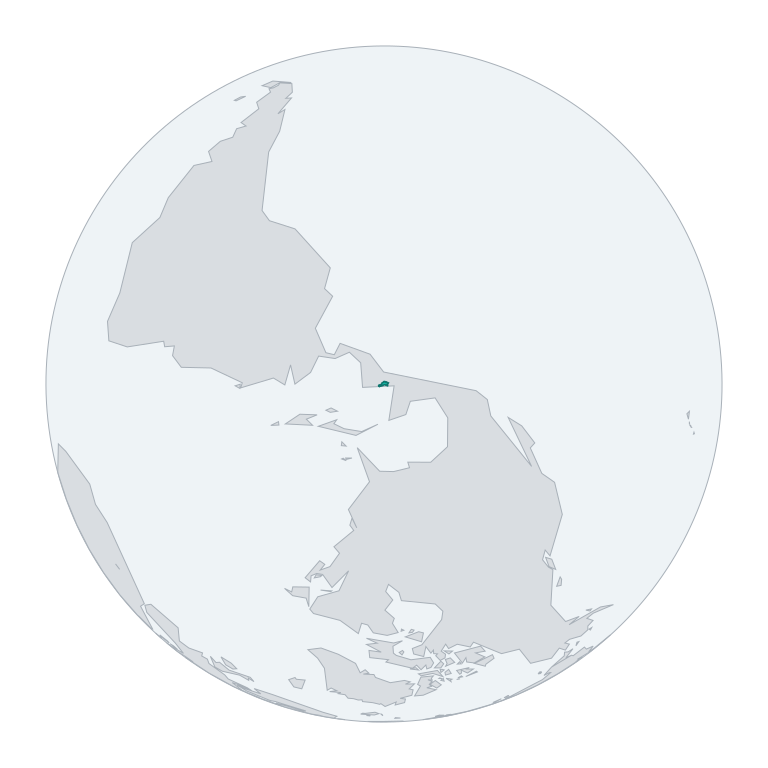 Yoro on an orthographic globe, rotated 171°
{"feature_id": "HND-643", "entity_name": "Yoro", "entity_type": "Department", "adm_level": 1, "iso_a3": "HND", "parent_name": "Honduras", "parent_adm1": "", "projection": "orthographic", "projection_center": [-87.221, 15.309], "detail": "fine", "context": "on_globe", "style": "filled", "palette": "teal", "viewbox_px": 768, "rotation_deg": 171, "n_neighbors": 0, "source": "natural_earth", "source_scale": "10m", "svg_char_len": 9988}
<svg xmlns="http://www.w3.org/2000/svg" viewBox="0 0 768 768"><g transform="rotate(171 384 384)"><circle cx="384" cy="384" r="338" fill="#eef3f6" stroke="#a8b0b8"/><path d="M436.5,424.0L428.5,420.7L421.0,431.0L393.1,415.6L382.5,395.9L294.1,363.0L284.4,352.5L283.5,335.7L251.1,279.5L266.6,331.6L254.5,321.1L244.3,302.2L249.5,298.0L242.1,271.0L230.9,260.2L228.3,227.3L246.9,188.3L250.8,194.8L254.9,185.6L250.2,177.4L246.2,174.3L253.8,139.4L241.8,121.0L227.6,123.9L238.8,117.3L205.1,129.9L191.9,130.2L213.2,124.9L220.3,120.8L214.5,117.8L220.5,113.1L221.2,109.3L228.9,104.3L240.7,102.8L245.9,99.9L241.6,98.1L246.5,92.8L252.2,95.7L261.4,87.0L282.9,85.2L291.8,100.9L310.1,99.3L336.0,115.0L340.0,110.8L352.4,115.5L361.6,112.6L363.8,117.4L369.3,111.2L365.5,107.5L366.6,103.9L371.7,102.2L375.4,107.5L373.4,109.1L377.1,109.9L376.8,113.5L379.8,110.8L383.7,118.1L387.4,108.6L396.9,112.7L397.4,118.3L387.4,120.5L363.9,142.3L361.4,150.4L367.8,158.7L400.7,167.3L401.9,175.9L410.9,185.4L414.8,178.8L409.1,169.3L418.5,160.5L410.5,150.9L413.1,146.3L408.9,136.3L420.2,135.2L433.5,139.9L437.7,148.5L443.6,151.2L448.4,141.5L464.4,157.4L489.5,168.3L492.5,173.3L482.7,184.2L460.8,186.8L448.2,205.0L467.2,191.1L474.4,205.5L480.1,207.4L486.0,206.0L487.5,200.0L492.2,205.0L475.2,219.5L470.7,215.1L476.1,210.2L465.9,212.1L454.4,223.8L458.9,231.1L436.8,244.1L439.8,249.9L436.6,256.5L433.4,246.2L438.8,265.6L413.6,289.7L420.4,325.3L401.9,298.5L388.2,296.0L371.9,297.3L372.7,303.1L350.1,299.4L331.1,312.1L326.3,340.6L335.7,362.3L360.7,362.8L367.2,350.4L384.9,347.3L374.3,380.6L405.7,384.0L403.7,408.6L413.2,420.8L428.3,416.8L444.2,421.8L454.7,406.9L472.0,397.8L473.3,417.5L482.1,398.6L492.3,407.2L526.1,402.6L523.8,407.4L552.4,426.9L581.6,432.2L588.4,445.1L585.1,454.4L594.8,455.1L594.9,460.7L631.8,460.8L649.0,469.7L647.3,489.1L630.7,515.2L610.5,563.0L579.3,583.5L567.9,601.8L537.5,629.6L519.1,630.7L520.9,641.2L507.7,649.3L494.8,651.4L489.6,659.2L479.9,660.4L484.3,664.6L464.6,675.4L465.7,682.2L450.4,690.0L451.4,693.6L447.0,693.8L441.5,695.6L439.7,697.7L428.0,695.1L428.9,686.5L436.3,681.5L430.6,681.0L446.5,667.5L438.9,670.6L447.5,650.0L461.6,631.2L477.3,574.4L471.6,563.2L447.6,551.1L418.9,507.1L427.8,487.5L421.0,478.7L443.1,449.8L436.5,424.0ZM86.6,309.3L88.8,301.6L89.5,307.2L86.6,309.3ZM88.7,296.4L88.3,299.1L88.4,296.8L88.7,296.4ZM87.9,294.4L88.5,295.9L87.5,295.0L87.9,294.4ZM86.5,292.7L87.4,293.3L87.2,293.6L86.5,292.7ZM419.7,337.6L455.5,352.5L436.3,356.1L439.7,352.6L430.4,346.1L413.5,340.5L396.3,345.2L419.7,337.6ZM85.4,287.8L85.2,286.3L86.2,286.1L85.4,287.8ZM433.4,316.9L427.2,315.9L433.1,315.4L433.4,316.9ZM243.4,174.0L249.5,177.8L251.5,187.5L245.7,184.7L243.4,174.0ZM240.6,157.4L245.1,157.2L240.2,165.9L239.1,163.3L240.6,157.4ZM216.1,127.6L220.0,129.1L214.2,129.4L216.1,127.6ZM219.9,109.8L216.9,111.0L218.6,108.7L219.9,109.8ZM402.9,137.7L405.8,137.1L405.1,139.2L402.9,137.7ZM398.3,134.3L395.4,137.4L392.8,136.2L394.7,134.3L398.3,134.3ZM231.8,99.1L235.4,95.4L233.8,98.8L231.8,99.1ZM402.5,130.9L388.5,133.9L384.0,132.0L387.2,123.5L402.5,130.9ZM238.8,93.0L247.2,85.1L241.2,86.8L262.8,78.2L248.5,87.3L247.6,90.9L244.0,90.6L238.8,93.0ZM362.1,107.2L366.3,111.0L358.1,109.5L362.1,107.2ZM356.5,107.3L329.6,110.0L325.9,104.3L335.7,104.1L327.1,98.7L338.5,94.4L345.8,96.5L345.9,100.9L350.2,96.1L356.5,107.3ZM273.4,75.3L277.2,73.5L275.5,75.2L273.4,75.3ZM366.5,102.3L361.4,103.1L357.7,98.0L367.3,95.6L365.4,98.0L366.5,102.3ZM319.2,99.7L318.2,95.9L327.2,91.3L328.1,89.4L338.4,93.9L319.2,99.7ZM368.8,98.3L372.3,94.7L378.6,95.7L371.2,101.3L368.8,98.3ZM352.8,97.8L351.5,95.5L355.4,95.9L352.8,97.8ZM403.0,98.5L396.9,98.8L394.6,96.1L403.0,98.5ZM373.2,93.3L371.0,93.0L369.3,92.2L372.9,90.2L373.2,93.3ZM344.1,90.6L348.0,89.7L340.3,88.5L346.7,85.5L352.5,89.3L352.7,86.4L354.6,85.5L357.1,89.7L344.1,90.6ZM371.6,85.8L381.1,90.5L392.8,90.0L395.3,92.3L376.0,92.7L371.6,85.8ZM362.9,87.6L368.8,86.9L368.9,89.7L364.8,92.0L362.9,87.6ZM349.0,82.3L337.6,85.9L336.8,85.0L349.0,82.3ZM375.0,85.0L372.6,83.9L375.8,84.6L375.0,85.0ZM357.0,82.3L353.1,83.6L352.2,82.5L357.0,82.3ZM371.1,81.1L374.2,82.4L371.5,83.9L371.1,81.1ZM364.6,81.2L364.3,79.5L368.7,83.6L363.0,81.8L364.6,81.2ZM356.7,81.1L355.0,80.9L358.5,80.8L356.7,81.1ZM379.4,75.4L385.5,80.2L379.7,83.1L374.5,77.9L379.4,75.4ZM446.4,700.6L428.4,696.3L439.0,698.2L449.4,694.4L457.7,697.7L446.4,700.6ZM475.6,689.8L485.8,686.8L487.4,687.6L480.7,689.9L475.6,689.8ZM622.8,144.9L616.0,139.4L623.2,146.3L630.0,152.3L639.1,162.4L636.4,159.3L624.2,149.3L630.8,161.0L654.0,195.5L654.8,202.9L648.7,202.9L625.5,175.4L626.3,162.2L618.1,153.8L605.3,146.8L606.6,143.9L601.5,139.9L600.6,135.3L586.8,121.6L584.0,117.0L566.6,105.4L562.7,101.9L574.2,109.4L580.6,112.8L572.1,103.8L566.9,100.2L556.3,93.9L555.3,92.9L546.1,88.0L535.3,81.9L540.7,85.8L528.3,80.2L515.3,73.9L512.2,73.2L533.4,83.6L541.0,87.4L546.0,89.2L567.5,102.2L573.1,106.9L554.2,97.3L559.9,103.5L542.7,94.7L495.8,69.4L482.5,63.2L485.7,61.8L495.8,65.1L499.6,66.9L506.8,69.2L532.4,80.4L556.9,93.7L580.2,108.9L602.2,126.0L622.8,144.9ZM506.1,68.9L501.2,67.1L500.8,66.9L506.1,68.9ZM482.4,60.7L477.6,59.4L475.0,58.6L482.4,60.7ZM398.2,46.4L369.6,46.9L353.9,47.6L357.6,47.1L330.3,50.5L314.8,53.2L317.0,52.8L305.4,55.6L310.1,54.7L310.3,54.9L282.6,64.3L273.8,67.2L264.5,72.9L265.6,73.1L271.6,71.1L262.8,78.2L241.2,86.8L239.7,86.0L227.2,92.8L225.6,90.5L218.4,92.4L223.8,87.4L217.7,90.2L213.5,92.7L202.0,99.4L199.6,100.8L221.4,87.8L236.1,81.8L230.7,83.3L237.4,80.0L238.8,79.0L235.0,80.7L257.0,70.9L279.6,62.6L302.7,56.0L326.3,51.0L350.1,47.8L374.1,46.2L398.2,46.4ZM719.9,346.7L719.8,346.0L719.9,348.6L715.0,375.8L708.8,367.2L690.3,331.2L687.8,310.2L679.1,290.5L655.1,204.5L659.2,202.6L650.8,178.0L651.4,178.0L662.4,193.0L663.5,194.1L678.0,217.3L690.5,241.7L701.0,267.0L709.4,293.0L715.7,319.7L719.9,346.7ZM674.1,242.3L677.3,248.3L674.1,242.3ZM527.1,402.2L531.3,405.5L526.0,406.3L527.1,402.2ZM434.2,364.4L441.5,364.4L445.5,367.2L440.0,368.6L434.2,364.4ZM494.2,359.9L502.3,360.8L494.1,363.3L494.2,359.9ZM461.0,354.4L487.7,360.0L471.8,367.3L454.9,364.0L466.2,361.4L461.0,354.4ZM431.1,328.6L435.8,329.8L434.7,333.5L431.1,328.6ZM437.6,316.6L435.9,317.1L433.3,314.2L437.6,316.6ZM475.4,204.6L476.9,203.6L483.2,203.4L480.8,206.2L475.4,204.6ZM507.3,189.2L514.2,197.7L507.7,193.1L505.8,197.9L489.7,195.1L493.1,175.8L494.4,184.7L507.3,189.2ZM469.1,187.3L478.9,190.4L468.0,187.8L469.1,187.3ZM574.0,125.8L577.8,126.1L584.3,131.4L587.7,140.0L578.5,132.1L574.0,125.8ZM581.7,125.6L562.0,115.2L559.0,110.4L564.0,114.7L564.0,112.5L572.1,119.0L588.6,125.6L595.3,131.0L598.1,142.2L593.5,135.2L590.0,134.9L581.7,125.6ZM516.8,106.1L508.2,103.9L512.9,95.8L520.4,98.9L524.4,106.9L517.8,108.0L516.8,106.1ZM411.0,116.5L407.4,117.9L406.3,116.2L408.6,113.6L411.0,116.5ZM400.4,98.8L425.6,109.1L422.7,111.0L440.9,116.0L440.5,123.2L428.7,119.6L442.0,129.5L431.3,129.1L441.1,135.6L415.0,126.7L405.9,127.5L416.2,123.6L416.8,116.7L414.3,114.0L400.5,107.4L381.1,106.8L378.6,100.8L382.0,96.7L386.3,95.9L386.6,99.9L392.1,96.0L395.7,101.2L400.4,98.8ZM423.2,65.2L421.7,68.0L433.4,65.3L437.1,68.8L438.3,68.3L444.9,71.0L454.9,73.7L455.1,75.5L458.9,75.9L463.4,78.0L468.7,79.3L471.0,83.2L477.6,85.3L474.9,86.0L485.8,88.7L478.7,88.5L483.8,92.0L488.0,90.4L487.3,112.6L492.5,123.7L500.7,133.5L487.5,133.1L471.4,124.2L455.8,112.5L452.7,102.5L447.3,104.7L444.2,100.8L449.8,100.7L439.4,98.6L438.3,95.5L424.5,88.0L410.1,88.0L404.7,85.7L409.8,84.2L400.8,83.1L406.8,78.9L403.1,77.4L405.2,72.2L417.2,71.0L412.1,69.5L413.5,66.1L423.2,65.2ZM380.4,73.9L393.9,70.5L402.6,71.1L395.2,80.0L397.8,82.0L393.4,88.7L380.9,88.0L383.3,86.0L382.7,84.0L386.9,85.0L383.1,82.7L386.3,80.2L384.3,77.9L389.2,77.3L380.4,73.9ZM648.5,173.6L646.0,170.8L645.3,169.8L643.3,167.3L648.5,173.6ZM638.1,164.1L636.6,161.8L644.1,169.8L644.7,171.3L638.1,164.1ZM629.5,154.2L636.0,161.0L632.8,158.2L629.5,154.2ZM572.1,107.4L569.8,105.1L572.0,106.4L576.2,109.3L572.1,107.4ZM458.7,61.6L456.5,62.2L454.2,61.6L444.2,61.2L440.6,59.2L445.3,58.6L458.7,61.6ZM453.2,59.3L449.4,59.3L449.9,58.4L453.2,59.3ZM437.5,57.8L437.0,56.5L439.0,58.9L437.5,57.8ZM449.7,52.5L452.9,53.3L436.5,50.7L417.5,48.1L435.5,50.3L446.1,51.9L447.6,52.1L449.7,52.5ZM375.8,46.7L373.9,47.4L369.6,47.3L369.4,47.2L375.8,46.7ZM378.3,47.0L385.6,47.7L381.2,48.3L376.3,47.5L378.3,47.0ZM420.0,51.5L425.6,52.1L425.0,52.7L420.0,51.5ZM274.8,73.6L277.0,73.5L273.2,74.7L274.8,73.6ZM313.2,54.3L312.8,54.7L308.3,55.7L313.2,54.3ZM309.3,56.7L314.6,55.3L310.3,56.9L309.3,56.7ZM326.3,52.4L317.3,54.8L324.1,52.5L326.3,52.4Z" fill="#d9dde1" stroke="#a8b0b8" stroke-width="1"/><path d="M380.8,381.6L381.2,381.9L381.3,381.9L381.4,382.0L381.4,382.3L381.4,382.5L381.5,382.5L381.7,382.8L381.8,382.8L382.0,382.8L382.3,382.8L382.6,382.6L382.8,382.7L382.8,382.8L382.8,383.0L383.0,383.2L383.3,383.1L383.5,383.2L384.0,383.3L384.3,383.2L384.5,383.1L384.8,383.0L384.9,382.9L385.0,382.9L385.3,382.6L385.7,382.6L386.1,382.5L386.3,382.6L386.5,382.6L386.8,382.5L387.0,382.4L387.3,382.3L387.6,382.3L387.8,382.3L388.0,382.4L388.3,382.3L388.5,382.4L388.7,382.5L388.8,382.6L389.2,382.6L389.3,382.7L389.5,382.7L389.5,382.8L389.5,382.7L389.6,382.8L389.6,383.1L389.6,383.4L389.4,383.6L389.0,383.8L388.8,383.9L388.6,383.9L388.4,383.7L388.2,383.6L387.9,383.5L387.5,383.8L387.4,383.8L387.2,384.0L386.9,384.2L386.7,384.2L386.3,384.1L386.2,384.2L386.1,384.3L386.0,384.5L386.1,384.8L386.0,385.0L385.9,385.2L385.9,385.3L385.7,385.5L385.4,385.6L385.1,385.7L384.8,385.7L384.7,385.7L384.3,385.7L384.2,385.8L384.2,386.0L384.0,386.3L383.9,386.4L383.7,386.3L383.5,386.2L383.3,386.2L383.1,386.2L383.0,386.3L382.9,386.4L382.7,386.3L382.7,386.2L382.6,385.9L382.4,385.9L382.4,385.7L382.2,385.5L381.9,385.6L381.7,385.7L381.1,385.7L381.0,385.4L381.1,385.2L380.9,385.0L380.7,385.0L380.7,384.9L380.4,384.8L380.3,384.7L380.1,384.7L380.0,384.4L379.9,384.4L380.0,384.3L380.0,384.2L380.1,383.9L380.3,383.8L380.3,383.7L380.5,383.5L380.6,383.4L380.5,383.2L380.4,383.2L380.5,383.1L380.6,382.9L380.6,382.7L380.7,382.4L380.8,382.4L380.9,382.2L380.7,382.0L380.6,381.9L380.6,381.7L380.8,381.6Z" fill="#14b8a6" stroke="#0f766e" stroke-width="1.5"/></g></svg>